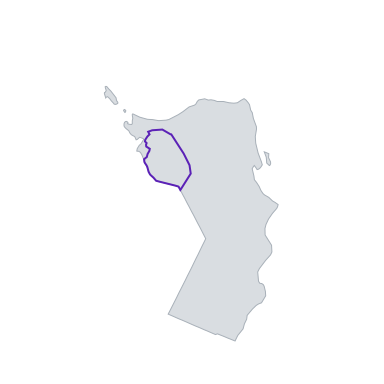 where Al Dhahira sits in Oman, rotated 315°
{"feature_id": "OMN-2414", "entity_name": "Al Dhahira", "entity_type": "Region", "adm_level": 1, "iso_a3": "OMN", "parent_name": "Oman", "parent_adm1": "", "projection": "albers", "projection_center": [55.739, 23.003], "detail": "fine", "context": "in_parent", "style": "outline", "palette": "violet", "viewbox_px": 384, "rotation_deg": 315, "n_neighbors": 0, "source": "natural_earth", "source_scale": "10m", "svg_char_len": 3590}
<svg xmlns="http://www.w3.org/2000/svg" viewBox="0 0 384 384"><g transform="rotate(315 192 192)"><path d="M117.1,327.8L115.5,324.0L113.9,320.3L112.4,316.6L110.8,312.9L109.7,310.3L107.8,309.4L106.7,306.6L105.6,303.8L104.5,301.0L103.3,298.2L102.2,295.3L101.1,292.5L99.9,289.7L98.8,286.9L97.7,284.1L96.6,281.2L95.5,278.4L94.4,275.6L93.2,272.8L92.1,270.0L91.0,267.1L89.9,264.3L88.8,261.5L92.6,260.3L97.2,258.8L101.8,257.3L106.4,255.8L111.0,254.2L115.6,252.7L120.2,251.2L124.8,249.7L129.4,248.1L134.0,246.6L138.5,245.1L143.1,243.5L147.7,241.9L152.3,240.4L156.8,238.8L161.4,237.2L165.9,235.7L168.7,234.7L169.9,231.0L170.9,227.9L171.9,224.8L172.9,221.7L173.8,218.6L174.8,215.5L175.8,212.4L176.8,209.3L177.7,206.2L178.7,203.0L179.7,199.9L180.6,196.8L181.6,193.7L182.6,190.6L183.5,187.5L184.5,184.4L185.4,181.3L186.3,178.5L184.7,175.7L182.5,172.0L180.2,168.2L178.0,164.6L176.4,161.9L174.5,158.7L174.8,154.6L174.7,152.6L174.9,149.4L176.8,145.1L178.9,139.6L180.5,135.9L181.8,132.7L182.9,130.1L183.5,127.5L183.2,125.6L182.5,124.9L181.9,124.0L184.0,122.6L187.8,121.7L189.9,121.9L192.8,121.2L195.2,120.6L195.3,119.8L194.7,118.4L193.7,116.3L190.4,116.1L189.4,115.6L190.6,112.6L190.5,111.6L190.1,110.5L189.6,108.6L189.8,106.2L190.5,104.5L190.5,103.2L190.2,100.5L190.3,98.0L191.0,96.8L192.2,95.7L193.4,95.1L194.6,95.1L195.5,95.6L195.9,96.9L195.7,97.8L195.0,97.9L194.8,98.3L195.7,100.0L197.1,101.6L198.2,101.4L199.5,100.0L200.7,99.0L202.3,98.0L203.5,96.2L204.5,95.0L205.4,94.9L208.0,102.2L211.9,109.1L215.3,112.9L218.9,118.0L224.4,122.8L226.9,124.4L236.9,127.6L242.5,128.8L250.1,129.8L255.3,132.4L257.1,132.5L259.8,131.7L261.9,131.7L266.9,135.1L268.5,138.5L270.6,140.2L272.5,142.9L273.8,145.8L278.2,150.2L281.3,155.1L284.4,158.8L287.2,161.0L291.4,161.8L294.8,162.8L295.2,165.2L294.9,168.5L294.4,170.9L291.4,175.6L290.7,178.5L287.4,183.4L283.7,191.4L282.0,193.2L276.0,197.5L271.6,202.5L266.3,211.2L262.4,219.8L260.9,222.5L257.6,223.2L255.4,223.0L253.9,222.2L254.4,219.9L254.8,217.3L252.8,217.6L251.0,218.1L247.0,224.6L244.8,227.4L244.4,230.9L243.4,235.5L241.8,239.7L241.1,243.3L241.2,245.3L242.5,250.2L242.6,255.2L243.4,258.2L244.0,261.8L242.1,262.9L240.4,263.5L233.8,264.0L227.1,265.2L221.3,267.3L217.8,269.4L213.3,274.1L210.6,285.9L206.1,290.9L203.1,292.0L195.8,292.4L185.5,293.8L181.9,295.0L175.9,302.2L175.4,304.5L176.6,306.1L176.9,307.9L176.4,309.6L173.6,314.2L170.7,317.5L162.8,319.5L159.9,318.2L157.2,317.6L152.1,317.5L143.8,318.2L140.7,320.6L135.8,322.3L131.3,324.9L122.9,325.8L117.1,327.8ZM203.0,76.0L202.5,76.7L201.8,76.8L200.1,76.2L199.1,74.9L199.3,73.4L199.4,70.5L199.8,67.8L199.7,64.9L198.4,64.3L197.5,64.5L199.6,60.5L200.4,59.8L201.2,60.1L203.1,59.6L204.2,57.4L205.0,56.2L205.8,56.4L206.3,57.1L206.0,60.4L206.0,63.2L204.9,71.7L203.8,73.2L203.2,74.4L203.0,76.0ZM267.5,227.7L265.9,228.2L265.4,228.0L265.3,224.4L269.1,219.9L271.5,214.7L273.4,219.2L270.4,221.9L268.8,226.3L267.5,227.7ZM202.7,87.7L201.6,88.4L200.8,88.3L201.0,86.8L201.4,85.8L202.5,85.8L202.8,86.5L202.7,87.7Z" fill="#d9dde1" stroke="#a8b0b8" stroke-width="1"/><path d="M174.6,158.7L174.9,154.6L174.7,150.6L174.8,149.7L175.6,147.0L178.1,142.7L178.7,141.0L179.2,138.2L179.5,137.3L180.0,136.5L180.9,135.5L181.3,134.9L184.8,135.3L187.5,133.7L190.9,132.8L192.7,131.6L191.8,127.5L192.9,126.1L194.5,125.3L194.5,123.0L195.9,122.0L199.7,121.2L202.7,121.2L203.6,118.4L207.5,120.2L215.2,126.9L217.6,136.0L218.1,136.6L213.3,158.9L209.2,171.3L204.1,178.1L185.9,182.2L185.2,182.3L186.2,179.1L186.2,178.5L185.9,177.9L184.6,175.5L182.5,172.0L180.4,168.5L178.3,165.0L176.2,161.5L174.6,158.7Z" fill="none" stroke="#5b21b6" stroke-width="2"/></g></svg>